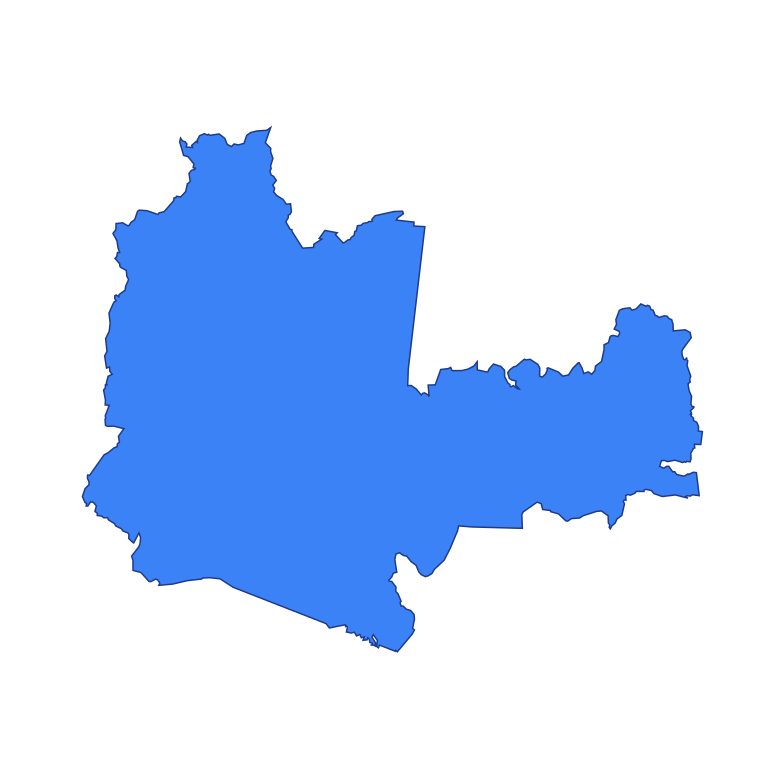 Etzatlán, Jalisco, Mexico, rotated 84°
{"feature_id": "50627088B6540775027935", "entity_name": "Etzatlán", "entity_type": "district", "adm_level": 2, "iso_a3": "MEX", "parent_name": "Mexico", "parent_adm1": "Jalisco", "projection": "mercator", "projection_center": [-104.128, 20.761], "detail": "fine", "context": "isolated", "style": "filled", "palette": "blue", "viewbox_px": 768, "rotation_deg": 84, "n_neighbors": 0, "source": "geoboundaries", "source_scale": "gbopen_adm2", "svg_char_len": 6108}
<svg xmlns="http://www.w3.org/2000/svg" viewBox="0 0 768 768"><g transform="rotate(84 384 384)"><path d="M620.9,463.8L619.4,447.8L621.2,447.5L620.8,446.5L621.9,445.8L626.7,447.3L628.2,442.7L627.8,439.3L631.7,437.7L630.5,434.3L634.0,433.1L633.4,430.0L636.7,431.6L636.7,427.6L634.8,426.7L636.3,425.3L639.6,425.1L640.4,422.8L642.0,422.8L642.2,424.7L642.6,421.6L643.8,419.9L640.3,419.6L634.5,422.4L632.2,420.8L638.3,417.4L644.1,418.8L645.8,417.1L643.2,415.8L651.0,400.7L650.2,400.3L651.7,398.7L635.7,382.1L631.7,379.4L630.0,381.1L621.2,378.3L616.3,378.2L611.9,381.3L610.2,385.5L606.9,388.1L606.6,390.2L603.2,390.9L601.9,389.7L593.9,392.1L591.6,394.0L587.2,393.3L581.2,396.9L580.7,399.2L579.7,399.8L576.8,396.5L573.0,394.4L572.6,391.0L559.7,391.6L554.4,389.9L553.4,386.3L556.5,382.7L557.6,379.4L563.5,375.6L567.6,371.1L574.5,369.0L577.4,367.0L579.9,363.0L579.5,360.4L577.5,356.1L573.6,353.3L565.5,342.6L554.3,335.3L537.7,326.2L532.9,324.6L535.3,311.9L542.0,261.5L528.4,260.6L525.8,259.0L517.5,244.1L519.4,240.2L525.4,239.3L527.2,231.7L528.4,231.6L531.4,224.0L539.1,217.5L539.6,215.5L537.5,211.8L537.7,203.4L535.8,199.7L532.9,185.8L533.0,181.0L538.5,174.9L545.8,175.4L547.5,174.2L550.1,175.0L551.7,174.1L548.8,172.1L546.4,168.6L542.6,166.4L539.6,161.2L528.4,157.4L525.6,158.3L524.3,156.9L524.8,155.5L520.3,155.3L519.4,153.4L520.3,150.6L518.9,146.0L517.2,144.3L518.0,136.7L516.7,136.4L516.1,134.5L517.9,129.3L521.2,127.0L525.0,119.0L524.8,105.8L529.3,93.6L527.5,95.7L526.7,94.4L527.5,91.0L526.4,88.8L528.0,82.2L504.8,82.6L504.1,85.7L505.8,90.6L505.2,91.1L507.1,95.1L504.6,102.4L501.6,104.1L501.4,106.2L495.7,109.3L495.4,111.3L497.0,114.7L494.7,118.5L489.2,116.1L489.4,112.7L490.8,110.2L490.2,102.5L493.3,95.2L492.7,93.2L493.4,92.1L492.6,91.0L493.4,87.7L490.6,86.5L484.9,86.1L480.3,82.9L480.1,81.6L476.4,81.6L477.3,75.3L464.6,72.3L463.6,76.3L459.2,75.6L454.7,77.0L452.7,80.0L450.3,79.8L447.7,82.1L446.5,81.4L446.2,82.4L445.1,81.2L442.6,82.0L439.8,78.3L438.9,78.3L438.7,80.0L436.0,80.9L428.3,79.4L422.9,81.2L417.3,81.6L415.5,81.5L414.1,79.3L410.9,79.4L408.4,78.1L397.4,80.7L392.6,79.5L391.0,80.6L389.4,80.0L391.4,82.1L390.7,83.4L386.6,84.5L382.3,84.3L380.3,82.9L370.0,73.6L364.7,74.2L361.6,78.8L361.4,90.8L354.8,90.3L350.0,91.2L348.9,93.5L346.1,95.5L345.5,98.3L346.6,103.7L344.7,105.4L344.2,107.1L338.8,108.6L337.6,110.8L334.4,111.6L333.3,113.6L334.1,115.3L331.2,120.2L335.6,125.3L336.6,129.6L333.9,131.5L334.1,138.7L335.3,142.2L344.3,146.7L348.9,146.5L353.5,149.3L356.2,144.6L358.2,144.2L361.3,146.5L359.7,150.7L359.8,152.9L360.7,154.3L366.3,156.4L368.0,161.1L372.6,161.5L384.3,165.3L388.3,171.8L392.6,172.8L396.0,176.4L393.3,179.6L394.5,184.2L388.7,185.4L383.2,187.7L383.2,188.6L388.1,194.6L394.3,199.5L394.9,205.4L390.4,209.2L385.0,219.2L385.6,220.2L387.0,220.0L391.1,222.4L393.6,225.7L393.3,226.7L392.4,228.4L384.5,227.4L380.5,229.0L374.7,236.1L374.9,240.2L374.0,241.8L380.2,250.9L380.5,253.3L382.8,257.1L385.7,259.8L391.6,258.7L393.4,256.5L394.8,252.4L398.9,253.3L403.1,249.9L403.0,251.2L399.1,255.7L400.1,257.9L399.2,258.9L397.6,258.9L395.9,260.7L389.2,263.3L382.9,262.7L378.8,265.9L375.6,273.0L379.8,277.7L382.9,279.6L382.5,281.4L379.7,289.8L371.6,289.0L375.5,292.7L377.9,298.6L378.8,305.0L377.9,314.2L377.3,315.2L374.5,315.9L375.4,318.6L375.5,326.1L390.2,333.1L389.7,340.2L401.3,340.5L399.4,341.4L397.1,344.5L397.3,346.5L398.8,348.1L392.4,352.4L388.3,357.1L388.1,360.6L371.7,358.3L231.8,326.9L230.0,337.9L226.1,337.2L222.3,354.6L220.3,353.2L216.7,346.9L214.1,347.5L213.5,355.9L215.7,375.3L219.0,378.8L221.0,378.7L220.9,382.4L221.7,383.1L222.1,387.9L223.7,390.1L223.8,393.9L228.9,395.6L229.2,397.1L233.0,398.2L234.9,401.4L236.8,402.5L237.0,405.0L239.1,408.3L239.4,410.0L230.3,416.7L228.7,414.7L225.1,426.7L232.5,433.3L233.5,430.8L237.7,439.2L240.8,439.7L240.4,450.7L222.8,459.5L220.9,459.5L220.3,461.2L212.4,464.7L208.8,461.9L206.2,461.6L205.4,459.7L203.1,458.1L195.0,458.1L195.0,462.3L189.8,465.2L185.4,471.0L181.4,473.7L178.0,472.3L174.6,473.8L170.2,469.8L165.8,472.2L164.4,474.4L160.3,475.2L158.1,473.7L155.3,474.0L148.1,470.9L141.1,472.5L137.8,472.0L131.7,476.8L117.1,469.9L119.4,474.0L119.1,484.0L120.0,490.4L122.5,494.6L130.1,498.1L131.0,504.1L129.6,508.0L131.9,510.9L129.4,514.8L123.0,516.7L118.1,521.8L118.5,531.2L117.3,532.4L117.9,533.6L116.3,536.5L117.8,541.4L121.9,544.2L124.2,544.3L123.1,545.4L126.6,550.3L128.8,549.7L127.6,556.0L124.8,554.9L122.3,556.4L121.2,559.0L118.2,560.6L121.7,561.9L135.7,559.4L137.5,555.0L145.3,550.1L148.9,551.2L149.7,549.0L150.7,549.5L151.4,553.2L154.1,555.9L162.5,555.6L164.3,558.6L171.9,561.1L176.7,566.6L175.6,570.8L177.0,571.6L177.0,573.3L179.8,574.1L189.6,584.6L190.3,589.8L191.8,591.1L186.9,601.5L185.5,609.2L186.4,611.0L194.6,614.8L196.7,618.6L199.8,621.1L199.7,622.5L196.4,627.0L196.4,633.7L202.4,634.5L205.9,637.8L213.7,634.6L220.8,634.3L225.5,633.1L225.4,635.3L229.4,636.5L231.0,638.4L236.8,634.3L239.2,634.4L240.6,633.5L244.1,628.4L249.9,628.5L253.5,627.1L259.7,630.7L263.6,631.6L267.3,638.0L269.5,638.7L267.5,640.9L268.1,642.5L270.9,642.8L273.2,641.8L274.4,644.1L284.7,650.1L295.1,650.0L302.9,651.8L309.8,656.1L322.6,656.1L326.9,658.9L339.2,658.3L338.3,655.3L342.9,655.3L345.9,653.3L347.5,657.6L354.2,660.1L355.9,659.6L355.6,661.1L359.0,661.7L360.6,663.5L370.9,662.7L375.7,663.5L376.4,659.5L386.6,664.6L388.8,664.3L389.8,665.1L395.9,665.3L397.2,663.5L397.6,657.2L401.2,647.4L408.3,653.6L414.2,653.2L415.6,655.4L418.4,655.9L419.3,659.2L423.6,665.7L425.1,669.7L444.0,686.3L443.6,688.3L446.7,688.8L450.6,687.6L453.3,687.9L456.8,692.2L464.4,695.7L470.7,693.7L471.7,692.2L474.2,693.0L474.4,691.3L470.6,688.2L471.3,685.5L475.1,682.8L480.5,684.8L482.7,682.5L484.8,683.0L485.8,678.6L487.8,676.6L488.0,673.1L490.4,672.1L494.7,666.6L497.2,665.5L500.4,660.4L503.0,658.9L505.3,654.3L507.0,653.4L511.0,654.0L515.5,650.2L515.9,649.5L506.5,643.3L511.2,642.1L517.5,643.4L520.1,644.7L528.8,653.0L533.0,652.1L543.1,653.1L546.1,645.4L555.8,638.3L556.2,636.6L554.1,631.4L555.4,629.4L558.5,627.8L560.7,629.0L560.9,615.1L559.0,600.2L558.9,585.8L558.0,584.5L558.4,577.5L560.6,567.4L570.4,555.3L616.2,466.7L620.9,463.8Z" fill="#3b82f6" stroke="#1e3a8a" stroke-width="1.5"/></g></svg>